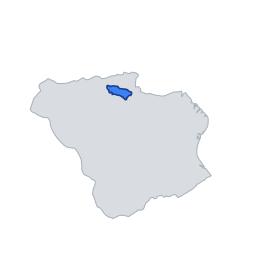 location of Bali, Taraba, Nigeria, rotated 234°
{"feature_id": "59680162B98222207712503", "entity_name": "Bali", "entity_type": "district", "adm_level": 2, "iso_a3": "NGA", "parent_name": "Nigeria", "parent_adm1": "Taraba", "projection": "albers", "projection_center": [10.998, 8.109], "detail": "fine", "context": "in_parent", "style": "filled", "palette": "blue", "viewbox_px": 256, "rotation_deg": 234, "n_neighbors": 0, "source": "geoboundaries", "source_scale": "gbopen_adm2", "svg_char_len": 6831}
<svg xmlns="http://www.w3.org/2000/svg" viewBox="0 0 256 256"><g transform="rotate(234 128 128)"><path d="M200.5,59.8L207.2,69.0L208.7,75.8L209.3,79.2L210.4,79.6L212.4,79.8L213.9,80.4L214.9,81.6L215.4,82.6L215.5,83.2L215.1,87.4L214.6,88.9L214.9,90.9L214.9,91.8L214.6,92.4L213.7,93.1L212.5,93.7L209.5,95.7L208.6,96.0L207.3,96.1L206.2,96.6L205.0,97.7L202.2,101.6L199.8,105.6L198.1,112.1L196.0,114.1L195.6,115.9L195.3,119.9L195.0,121.1L194.6,121.5L192.4,122.2L191.0,123.2L190.3,125.0L189.3,131.2L188.9,132.2L188.2,133.3L187.0,134.4L186.0,135.1L183.4,135.5L180.9,140.2L180.9,141.0L179.8,145.2L177.9,148.4L177.7,150.5L175.3,153.3L174.1,155.2L175.4,157.2L175.5,157.5L171.3,160.9L171.1,161.4L170.9,163.7L170.6,164.3L169.8,165.2L168.7,166.1L167.6,166.9L166.3,167.4L165.1,167.6L164.4,167.3L164.0,166.6L163.3,163.7L162.9,163.1L162.1,162.5L158.9,159.4L157.0,158.3L156.6,158.4L156.3,158.7L155.7,160.2L155.2,160.8L154.1,161.0L152.4,161.0L151.1,160.8L150.8,160.5L150.2,159.3L146.2,162.1L144.8,162.7L143.0,166.1L140.5,167.8L138.8,169.3L134.2,173.8L133.2,175.2L132.3,177.2L130.3,185.9L127.0,191.2L126.6,192.4L126.4,192.3L126.0,192.8L124.8,192.5L124.2,191.5L123.4,191.3L122.1,189.9L121.8,190.1L123.2,193.8L122.7,195.3L118.8,195.3L115.4,195.8L113.1,195.7L111.9,195.2L111.4,193.8L111.2,193.9L111.1,194.6L110.3,195.2L107.7,195.3L106.6,194.4L105.7,193.3L104.7,192.8L104.8,193.2L106.0,194.3L105.8,195.8L103.7,197.5L102.4,197.6L101.6,196.8L101.1,195.6L100.9,193.8L100.4,192.6L100.1,192.6L100.5,194.6L100.4,196.4L101.4,197.8L99.9,198.3L98.1,198.3L97.8,197.8L97.6,196.6L97.3,196.3L96.9,198.3L93.1,198.8L92.6,198.7L92.5,198.3L92.8,197.8L92.7,196.9L91.9,197.6L91.7,198.9L91.2,199.1L89.8,198.9L88.2,198.2L85.7,196.4L82.6,193.6L82.1,192.3L81.3,190.7L79.7,186.4L80.0,186.2L80.7,186.4L81.1,186.0L79.8,185.7L79.5,185.4L79.4,184.5L79.5,183.3L81.5,182.7L81.9,182.0L82.2,181.3L79.8,182.3L77.5,181.1L77.1,180.4L77.3,179.8L79.9,179.8L80.9,179.2L80.3,179.0L79.3,179.1L78.9,178.7L79.0,177.8L78.7,178.0L78.2,178.8L76.7,179.3L75.8,178.7L75.7,177.4L75.5,176.9L74.8,176.4L72.2,173.0L68.8,170.1L65.9,168.1L61.4,167.1L52.0,167.0L51.5,166.7L52.0,166.2L52.9,166.0L55.9,164.4L55.4,164.2L52.3,165.2L51.2,165.2L49.7,167.1L40.5,167.3L40.5,166.5L41.0,164.0L41.6,162.3L41.0,160.2L40.9,158.3L41.3,157.7L41.4,157.0L41.4,152.1L41.9,151.4L42.0,150.9L41.0,148.8L41.1,147.3L40.9,145.7L40.6,145.0L41.1,139.1L41.0,137.6L41.3,136.6L41.6,134.0L41.6,131.5L42.3,127.6L46.2,127.2L47.2,125.6L47.8,123.7L47.7,121.7L49.0,120.1L50.6,118.6L50.5,116.9L51.0,116.4L51.7,116.1L52.8,115.9L54.0,115.1L54.7,113.7L55.3,111.4L54.4,109.7L54.4,109.4L54.8,108.5L55.4,107.7L55.9,107.4L57.0,107.7L57.4,107.3L58.2,104.8L58.1,104.1L57.1,102.4L56.6,97.8L56.3,97.2L55.5,96.3L53.4,93.0L53.4,91.5L54.4,89.5L55.0,88.6L55.9,88.1L56.0,87.6L55.8,87.1L55.4,86.7L55.3,85.8L55.7,84.5L55.6,83.2L56.0,76.3L57.8,74.9L60.4,72.7L61.8,70.4L62.5,68.6L63.5,62.7L64.9,62.1L67.5,59.9L71.0,58.7L73.3,58.4L77.4,58.7L79.4,58.5L81.2,57.4L81.9,57.0L83.1,56.9L93.0,60.1L94.0,59.9L94.7,60.2L96.0,61.0L98.9,63.9L101.9,68.4L102.9,69.3L103.8,69.9L104.8,70.1L105.6,70.0L106.3,69.6L107.3,68.7L108.8,68.4L110.0,68.5L116.2,65.1L116.8,65.1L120.7,65.8L125.9,69.3L130.1,71.6L133.1,72.3L136.7,72.9L142.7,73.1L147.3,68.3L148.9,67.2L151.0,66.3L155.2,65.4L162.2,64.8L168.8,65.1L172.8,65.9L177.2,67.4L179.0,68.9L181.9,69.2L184.0,68.9L184.7,67.4L186.8,65.4L189.9,63.6L192.5,62.3L194.6,61.7L196.5,60.3L197.9,59.8L200.5,59.8ZM108.0,197.2L106.5,197.7L105.6,197.6L106.9,195.6L107.5,196.0L108.4,196.2L108.0,197.2Z" fill="#d9dde1" stroke="#a8b0b8" stroke-width="1"/><path d="M170.6,134.5L170.4,134.5L170.2,134.5L169.8,134.6L169.7,134.7L169.3,134.5L169.1,134.3L168.9,134.5L168.7,134.4L168.6,134.1L168.4,133.9L167.8,133.7L167.6,133.8L167.3,133.9L166.9,134.1L166.7,134.5L166.7,134.8L166.5,135.0L166.6,135.4L166.8,135.6L166.7,135.7L166.6,135.8L166.3,135.9L166.2,135.9L165.8,135.9L165.4,135.6L165.2,135.6L164.9,135.4L164.7,135.3L164.6,135.2L164.4,135.0L164.2,135.3L163.9,135.9L163.8,136.4L163.8,136.5L163.7,136.6L163.4,136.8L163.2,137.1L163.0,137.3L162.8,137.4L162.7,137.5L162.4,137.7L162.2,137.7L162.1,137.8L161.9,137.9L161.6,138.0L161.4,138.2L161.4,138.3L161.3,138.5L161.2,138.5L161.0,138.8L160.9,138.9L160.8,139.0L160.6,139.1L160.5,139.3L160.3,139.3L160.1,139.4L160.0,139.5L159.8,139.7L159.7,139.8L159.6,140.0L159.4,140.2L159.3,140.3L159.2,140.3L159.0,140.5L158.9,140.6L158.6,140.8L158.4,140.9L158.1,141.1L157.9,141.2L157.7,141.3L157.3,141.0L157.1,141.0L156.4,142.2L156.0,142.2L155.1,141.8L154.0,142.2L153.2,142.2L152.8,142.3L152.1,142.8L152.1,143.3L152.1,143.5L152.3,143.5L152.5,143.8L152.5,144.0L152.8,143.9L152.9,144.0L152.7,144.1L152.8,144.1L152.9,144.3L153.0,144.3L153.1,144.5L153.3,144.5L153.4,144.8L153.2,145.0L153.1,145.3L153.2,145.5L153.3,145.8L153.4,146.0L153.4,146.3L153.4,146.5L153.4,146.8L153.5,147.0L153.6,147.3L153.6,147.5L153.6,147.8L153.6,148.1L153.5,148.3L153.5,148.6L153.4,148.8L153.1,149.0L152.9,149.1L152.7,149.3L152.8,149.5L153.0,149.9L153.1,150.1L153.2,150.3L153.2,150.5L153.3,150.6L153.4,150.8L153.6,150.9L153.7,151.0L153.8,151.2L153.9,151.3L154.1,151.5L154.3,151.7L154.6,151.8L154.8,151.8L155.0,151.7L155.3,151.6L155.5,151.6L155.7,151.4L156.0,151.2L156.3,150.9L156.5,150.8L156.7,150.7L156.8,150.7L157.0,150.6L157.1,150.4L157.3,150.4L157.5,150.4L157.8,150.2L158.0,150.2L158.3,150.0L158.4,149.9L158.6,149.8L158.9,149.8L159.0,149.9L159.2,150.1L159.3,150.0L159.6,149.8L159.7,149.7L159.8,149.7L160.0,149.5L160.0,149.4L160.2,149.2L160.3,149.1L160.5,149.1L160.9,148.9L161.0,148.9L161.1,148.7L161.1,148.4L161.0,148.2L161.3,147.8L161.6,147.8L161.7,147.7L161.8,147.7L162.2,147.5L162.3,147.4L162.4,147.2L162.5,147.1L162.6,146.9L162.8,146.6L163.0,146.4L163.1,146.2L163.3,145.9L163.5,145.8L163.5,145.7L163.8,145.4L163.9,145.2L164.1,145.1L164.3,145.0L164.3,144.9L164.5,144.7L164.8,144.6L165.0,144.5L165.0,144.4L165.3,144.3L165.6,144.3L165.9,144.2L166.1,144.2L166.3,144.2L166.5,144.2L166.8,144.2L167.0,144.1L167.3,144.1L167.7,144.1L167.8,144.1L167.9,143.9L167.9,144.0L168.0,144.0L168.0,143.9L167.9,143.8L167.9,143.7L168.0,143.7L168.1,143.4L168.3,143.3L168.3,143.2L168.5,143.0L168.7,142.9L168.8,142.8L168.9,142.6L169.1,142.5L169.2,142.4L169.4,142.2L169.5,142.2L169.7,141.9L169.8,141.9L169.9,141.7L170.1,141.6L170.3,141.4L170.5,141.2L170.7,140.9L170.8,140.7L171.0,140.3L171.1,140.2L171.3,139.9L171.4,139.6L171.5,139.3L171.6,139.2L171.8,138.9L172.0,138.6L171.8,138.4L172.1,138.3L172.2,138.2L172.3,137.9L172.5,137.7L172.8,137.5L173.1,137.4L173.2,137.5L173.3,137.5L173.4,137.4L173.5,137.4L173.7,137.2L173.8,137.1L174.0,136.9L174.2,136.7L174.3,136.6L174.5,136.3L174.4,136.2L174.4,135.9L174.0,135.5L173.9,135.4L173.9,135.2L173.7,135.1L173.4,135.0L173.2,135.0L173.2,134.9L172.9,134.7L172.7,134.6L172.3,134.4L172.1,134.4L171.9,134.3L171.7,134.3L171.4,134.4L171.1,134.4L170.9,134.4L170.7,134.5L170.6,134.5Z" fill="#3b82f6" stroke="#1e3a8a" stroke-width="1.5"/></g></svg>